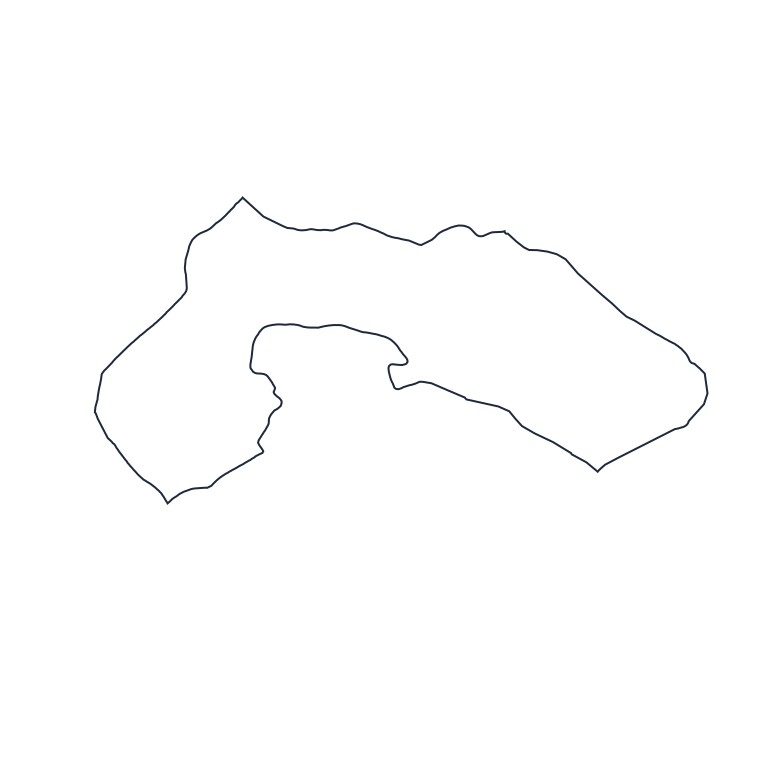 outline of Ad Dali', Al Dali', Yemen, rotated 317°
{"feature_id": "15242507B7990209689369", "entity_name": "Ad Dali'", "entity_type": "district", "adm_level": 2, "iso_a3": "YEM", "parent_name": "Yemen", "parent_adm1": "Al Dali'", "projection": "orthographic", "projection_center": [44.686, 13.714], "detail": "fine", "context": "isolated", "style": "outline", "palette": "slate", "viewbox_px": 768, "rotation_deg": 317, "n_neighbors": 0, "source": "geoboundaries", "source_scale": "gbopen_adm2", "svg_char_len": 6166}
<svg xmlns="http://www.w3.org/2000/svg" viewBox="0 0 768 768"><g transform="rotate(317 384 384)"><path d="M576.4,354.5L574.3,353.4L567.0,347.2L565.7,346.4L564.0,345.7L557.5,343.4L555.9,342.3L554.2,340.5L553.5,338.5L553.3,336.7L553.3,330.9L553.1,328.9L552.7,327.0L551.7,325.2L550.8,323.5L549.5,321.8L548.0,320.3L546.4,318.8L543.0,316.8L540.9,315.8L539.0,314.9L535.3,313.7L533.5,313.0L531.4,312.2L527.6,311.3L525.6,311.2L523.7,311.2L521.7,311.4L519.6,311.3L517.2,311.1L515.4,310.6L506.1,307.8L504.6,305.9L500.2,296.3L498.8,294.4L496.4,291.1L495.3,289.5L494.3,287.8L493.2,286.3L491.9,284.7L490.7,283.0L489.6,281.3L488.8,279.6L487.6,277.6L486.9,275.6L486.3,273.7L485.4,271.8L484.7,270.1L484.0,268.3L482.2,264.6L480.8,262.1L478.3,257.0L476.8,253.3L475.6,250.9L474.4,249.1L472.9,247.3L471.6,246.0L469.7,245.0L466.0,243.4L464.1,242.6L458.8,239.9L457.0,239.3L453.1,237.6L451.3,236.7L449.8,235.4L448.6,234.0L447.4,232.5L446.0,231.1L444.7,229.8L442.9,228.6L440.0,225.7L437.6,222.5L436.4,221.1L434.9,220.0L433.3,219.1L431.7,218.0L429.9,216.6L428.4,215.3L426.8,213.5L425.7,212.0L424.8,210.2L423.8,208.5L421.0,205.4L419.7,203.9L418.8,201.9L417.8,199.7L410.0,179.3L407.7,151.2L406.5,151.5L404.1,151.5L401.4,151.7L399.3,151.4L397.2,151.5L395.1,152.1L392.7,152.2L390.8,152.2L388.9,152.4L386.8,152.4L384.7,152.6L382.8,152.7L376.8,152.7L375.0,152.5L373.0,152.3L370.9,151.9L368.9,151.9L365.2,151.9L363.0,151.8L361.1,151.4L359.0,150.9L357.2,150.2L355.2,149.5L352.8,148.6L350.7,148.1L348.4,147.8L346.4,147.7L344.5,147.7L342.1,147.9L339.8,148.6L335.8,150.3L334.0,151.4L332.4,152.6L323.9,157.6L317.3,163.5L315.2,166.4L313.8,168.8L305.2,179.4L302.8,181.1L300.7,181.7L298.7,182.0L296.6,182.2L294.6,182.7L292.6,182.7L290.6,182.8L287.8,182.9L285.7,182.9L282.2,183.2L280.3,183.2L278.0,183.3L274.0,183.3L272.2,183.6L269.9,183.6L268.0,183.7L259.3,183.7L257.5,183.5L255.3,183.6L252.5,183.3L250.5,183.2L247.7,182.9L245.4,182.9L240.7,182.6L238.5,182.3L234.2,182.3L232.4,182.2L229.5,182.2L227.4,182.0L225.6,182.0L220.9,182.0L218.5,182.1L216.4,182.1L214.2,182.2L212.2,182.2L210.2,182.3L207.1,182.3L203.8,182.4L201.8,182.6L199.9,182.9L191.3,183.4L188.8,183.4L186.5,183.7L184.1,184.4L182.3,185.9L180.8,187.2L177.6,189.5L176.0,190.7L174.4,191.7L171.2,194.0L169.3,195.5L167.3,197.0L165.5,198.5L163.9,200.0L162.0,201.1L158.4,203.3L157.2,204.1L153.3,207.4L153.1,209.1L150.9,214.4L145.1,235.2L145.5,240.2L145.3,242.3L145.7,244.3L145.3,246.4L144.8,248.3L144.6,250.3L144.2,252.6L144.0,254.5L143.8,256.6L143.6,258.8L143.2,262.6L143.1,265.0L142.7,266.9L142.7,268.8L142.5,271.3L142.5,273.3L142.4,275.6L142.4,279.5L142.3,281.5L142.4,284.0L142.9,289.9L143.5,291.8L143.9,293.6L145.0,297.3L145.4,299.4L145.7,301.3L146.1,303.8L146.2,306.0L146.5,308.2L146.5,310.2L146.6,312.0L146.2,314.1L145.9,316.3L144.9,320.8L144.6,322.7L144.3,323.7L146.3,323.8L148.5,323.8L150.3,323.7L152.3,323.9L154.3,324.3L156.4,324.7L158.4,324.8L160.4,325.2L164.5,326.4L166.2,327.2L169.7,328.7L171.4,329.4L173.2,330.5L174.7,331.6L179.2,335.2L181.0,336.7L182.6,338.0L184.0,339.4L188.4,340.7L190.8,340.5L193.2,340.4L197.1,340.4L201.1,340.7L202.9,341.0L207.0,341.7L209.0,342.3L211.0,342.6L212.7,343.1L214.7,343.5L216.5,344.1L220.5,345.0L222.5,345.4L224.3,346.0L226.7,346.6L228.6,346.9L231.0,347.5L232.8,347.9L234.6,348.4L236.5,348.6L238.8,349.2L240.8,349.3L244.5,350.3L248.1,351.5L249.8,350.9L250.4,348.9L250.9,344.8L251.3,342.9L251.8,341.1L253.8,339.8L255.7,339.2L257.5,338.8L259.5,338.2L261.7,337.7L263.4,337.2L265.3,336.9L267.0,336.3L270.9,335.1L272.6,334.3L274.2,332.9L275.5,331.6L277.0,330.5L279.8,329.5L281.7,329.1L285.7,328.6L287.4,329.1L289.5,329.5L291.5,329.6L293.5,329.6L296.0,328.2L297.4,326.7L297.8,324.7L297.8,322.6L297.4,320.8L297.2,318.9L297.1,316.4L297.8,314.6L299.7,313.8L301.6,312.7L302.2,310.7L302.6,308.5L303.2,306.3L303.9,301.3L304.1,299.2L304.0,297.3L303.3,295.5L302.2,293.8L300.9,292.3L299.6,291.0L298.2,289.5L297.2,287.9L296.6,285.8L297.2,281.4L298.4,279.8L300.0,278.3L301.7,277.0L303.3,275.7L305.1,274.4L306.8,273.0L309.8,270.3L312.0,268.5L313.4,267.2L315.3,265.8L317.4,264.5L319.5,263.6L321.6,262.7L323.8,262.1L325.7,261.9L327.6,261.2L329.5,260.9L331.8,260.7L333.6,260.7L335.5,261.0L339.0,262.5L340.6,263.5L342.8,264.8L344.5,266.1L346.3,267.4L347.7,268.6L349.0,269.9L350.9,271.9L352.3,273.4L353.7,274.5L355.2,275.6L356.8,277.1L358.3,278.5L360.8,281.6L362.1,283.4L363.9,287.0L366.4,290.2L368.2,292.1L374.4,298.0L377.8,299.9L380.0,301.2L383.1,303.3L386.4,305.8L387.9,307.0L389.6,308.7L391.3,310.2L392.7,311.8L394.2,313.9L395.2,315.7L396.0,317.4L397.0,319.4L401.3,327.0L402.2,328.7L403.1,330.4L404.2,332.1L405.6,333.5L408.4,337.1L409.6,338.9L410.9,340.6L412.2,342.3L413.2,343.9L414.2,345.6L415.1,347.3L416.2,348.9L417.2,350.8L418.1,352.8L418.7,354.5L419.3,356.7L419.7,360.9L419.7,365.0L419.4,367.1L419.0,369.0L418.7,370.9L418.6,372.8L418.3,374.7L418.2,376.6L418.2,378.4L418.0,380.5L417.5,382.3L416.3,383.9L414.1,384.4L412.4,383.7L410.7,382.8L409.3,381.6L406.7,378.8L405.2,377.1L403.9,375.5L402.3,374.4L400.2,374.2L398.5,375.1L397.1,376.7L395.9,378.4L393.9,381.9L392.2,385.2L391.4,387.4L390.8,389.6L389.9,391.9L389.1,393.6L389.4,395.7L390.8,397.5L392.5,398.4L394.3,399.1L396.2,399.6L398.2,400.6L400.2,401.5L402.0,402.4L403.6,403.4L405.2,404.2L407.2,405.1L409.1,405.8L411.7,406.7L414.2,409.3L419.2,415.8L426.6,432.7L433.9,449.1L433.8,449.4L433.7,451.4L452.3,478.4L457.0,489.4L456.4,498.7L456.2,508.8L460.5,522.9L468.0,541.8L473.7,562.2L473.3,563.4L478.6,579.3L480.5,593.9L482.9,593.6L490.6,593.8L506.1,598.0L566.1,615.4L567.2,616.2L568.9,617.2L570.9,618.1L572.6,619.1L574.6,619.9L576.5,620.3L578.3,620.3L580.1,619.8L581.5,619.0L604.2,617.0L614.2,611.5L625.7,595.1L625.5,588.1L624.8,580.9L624.3,580.1L623.4,578.6L623.2,576.6L623.6,574.8L624.4,572.8L625.0,570.4L625.4,568.4L625.5,566.4L625.5,564.4L625.5,560.7L625.1,558.9L624.9,556.8L624.3,554.6L624.0,552.7L623.2,550.9L622.5,548.9L621.7,546.7L621.1,544.7L620.3,542.5L619.0,538.0L618.3,535.9L617.1,532.9L614.0,521.4L610.6,508.7L607.3,500.1L606.4,491.9L605.7,480.7L604.1,467.0L601.2,435.5L601.9,416.7L598.9,406.9L593.8,398.6L587.4,390.7L581.5,384.9L579.5,379.5L578.0,370.3L577.1,358.6L575.8,357.3L575.7,355.4L576.4,354.5Z" fill="none" stroke="#1e293b" stroke-width="2"/></g></svg>